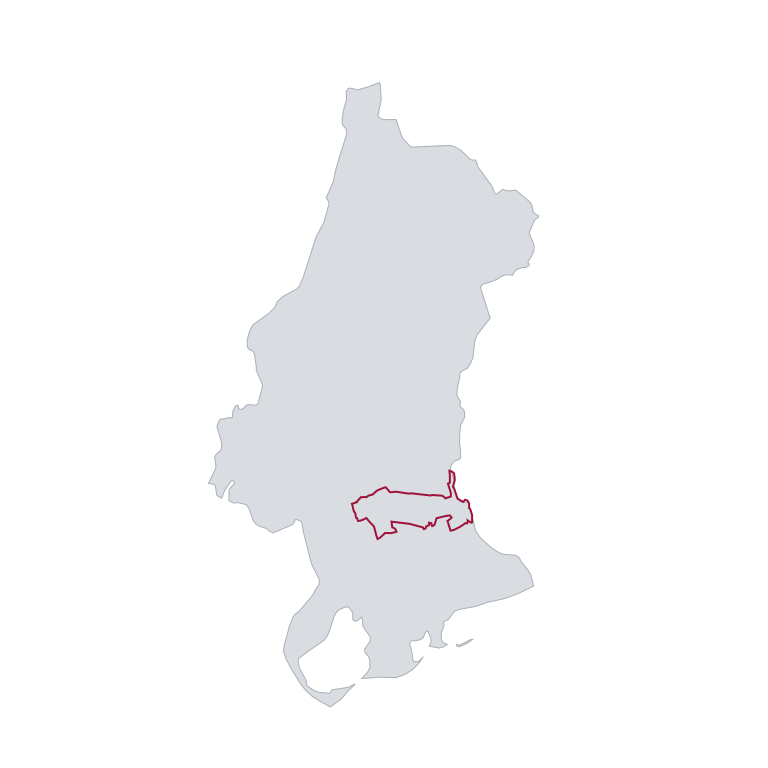 location of Magtymguly, Balkan, Turkmenistan, rotated 253°
{"feature_id": "10190150B5540422332593", "entity_name": "Magtymguly", "entity_type": "district", "adm_level": 2, "iso_a3": "TKM", "parent_name": "Turkmenistan", "parent_adm1": "Balkan", "projection": "natural_earth1", "projection_center": [56.485, 39.153], "detail": "fine", "context": "in_parent", "style": "outline", "palette": "rose", "viewbox_px": 768, "rotation_deg": 253, "n_neighbors": 0, "source": "geoboundaries", "source_scale": "gbopen_adm2", "svg_char_len": 5373}
<svg xmlns="http://www.w3.org/2000/svg" viewBox="0 0 768 768"><g transform="rotate(253 384 384)"><path d="M233.6,262.0L266.3,263.7L276.3,265.0L280.4,260.5L280.2,259.4L278.7,258.5L276.3,255.4L274.0,234.4L276.9,231.4L280.2,229.2L284.9,222.7L287.4,220.7L291.1,219.0L303.5,218.5L308.8,217.2L313.2,209.8L314.1,205.4L317.5,201.9L319.4,202.0L327.9,204.9L329.7,206.5L332.6,212.0L335.7,211.6L336.2,210.7L335.8,209.5L333.4,206.1L328.1,199.9L322.9,196.0L322.4,194.7L326.8,191.6L335.7,192.9L337.9,191.9L340.2,187.0L352.1,198.1L354.3,199.2L363.6,200.7L365.3,202.2L368.5,208.7L371.7,210.4L375.7,211.6L392.3,211.8L397.5,216.1L398.4,217.2L397.5,220.2L397.2,226.1L395.9,228.4L396.8,229.4L402.7,231.8L406.3,235.6L406.7,237.2L405.7,238.3L402.9,237.7L401.6,239.4L401.6,242.5L403.6,245.3L404.2,248.0L401.5,254.0L401.4,256.6L402.4,258.0L417.5,267.2L419.9,267.5L434.4,265.8L437.1,266.8L449.9,268.8L453.4,268.5L455.8,265.6L458.1,264.4L460.3,264.4L466.4,266.2L472.8,270.2L477.1,273.8L479.3,277.0L485.4,295.0L489.4,302.3L494.0,306.1L497.3,313.1L500.4,328.4L502.2,331.6L509.2,337.6L545.2,362.6L556.2,373.8L573.0,384.5L579.1,383.3L592.3,394.7L600.7,399.1L611.5,406.0L634.3,421.6L639.1,422.2L644.4,420.0L649.2,421.3L657.7,425.3L666.9,431.3L674.7,433.4L676.9,436.0L677.1,437.5L673.0,445.1L672.8,454.8L673.6,467.8L671.5,468.0L656.3,464.3L641.7,456.3L638.3,458.9L636.7,461.6L633.4,472.8L614.0,473.5L602.7,479.0L593.2,515.7L591.0,520.2L584.7,526.1L573.7,532.0L572.0,534.4L571.7,536.6L570.4,537.3L564.2,537.3L540.8,545.3L535.6,545.3L533.6,545.9L532.7,547.3L535.4,554.6L533.4,556.8L532.0,560.4L530.9,566.7L515.6,576.6L512.4,577.8L506.1,576.9L502.9,577.9L499.7,581.0L498.1,580.1L497.3,576.9L495.6,574.8L485.8,566.8L474.7,568.1L470.5,567.4L467.2,566.1L462.1,561.5L458.8,557.2L455.3,557.7L454.3,555.6L454.1,553.2L455.0,550.3L454.7,544.8L452.7,540.8L450.4,539.1L452.8,532.7L452.8,528.0L451.1,522.8L450.4,515.4L450.7,508.1L448.5,504.5L415.9,504.7L404.1,487.8L399.3,483.7L383.0,476.6L378.5,472.8L374.8,468.6L373.8,462.8L372.0,459.4L369.4,458.8L356.7,452.1L351.6,450.4L344.7,452.0L340.6,450.1L335.8,452.7L333.8,452.9L328.5,451.3L322.1,445.2L316.8,442.8L305.5,438.9L297.6,437.7L290.6,435.3L289.9,434.5L289.7,429.3L288.7,427.2L286.7,424.6L283.9,422.7L272.0,422.9L266.5,421.0L262.1,420.6L252.6,421.0L249.5,422.4L247.7,424.0L246.6,429.0L245.6,429.8L236.3,429.9L216.7,428.8L208.4,431.3L195.7,439.0L188.3,445.5L186.2,448.4L181.8,459.8L179.9,461.5L177.4,462.8L174.8,463.0L163.2,467.5L158.6,468.6L147.0,468.0L144.4,451.1L143.5,437.7L145.0,419.1L144.5,407.2L146.5,389.1L145.9,384.7L139.9,376.7L139.2,371.2L135.6,370.9L129.7,366.3L124.0,364.4L121.1,364.3L118.5,365.7L116.5,368.4L115.2,364.1L115.3,359.7L120.0,350.6L122.8,353.2L126.3,354.3L135.1,353.8L134.3,350.6L129.8,347.4L128.9,343.3L129.3,339.0L130.5,335.0L129.2,333.4L127.1,332.4L122.4,332.5L109.9,330.9L108.4,335.7L111.8,342.0L106.2,334.8L102.4,327.5L100.1,318.9L99.7,309.7L104.7,294.9L108.8,276.6L113.5,284.3L117.0,287.7L124.7,289.8L128.4,289.3L132.4,287.3L136.3,288.0L142.3,295.9L146.7,296.8L155.8,293.7L160.0,293.1L163.8,294.4L167.6,294.5L166.0,290.8L165.3,287.2L167.6,285.3L174.7,287.3L180.4,285.2L181.4,284.2L182.0,281.1L181.2,274.9L179.9,272.3L176.7,268.6L164.1,259.8L159.9,256.3L156.4,251.8L150.7,233.8L146.5,222.3L144.8,221.0L137.4,220.0L123.5,222.8L118.5,222.2L116.2,223.4L110.5,228.3L107.8,232.4L104.0,241.9L106.8,244.9L104.4,261.0L105.6,267.8L105.1,268.3L101.0,259.8L95.4,251.3L90.9,238.3L99.3,229.9L106.5,223.9L114.2,219.4L122.1,216.4L140.0,211.7L149.8,210.0L157.8,209.8L163.9,212.6L180.5,223.0L187.6,228.8L189.7,231.2L191.6,236.8L203.7,255.0L206.6,257.5L211.3,263.3L215.8,265.0L233.6,262.0ZM114.3,392.3L113.9,394.7L111.7,387.4L110.6,379.4L112.1,377.1L113.7,377.2L112.2,380.1L114.3,392.3Z" fill="#d9dde1" stroke="#a8b0b8" stroke-width="1"/><path d="M228.7,424.3L228.8,424.3L227.7,425.2L225.3,427.6L225.1,427.6L229.4,428.8L232.7,429.9L239.0,429.9L240.5,429.1L242.3,429.7L245.0,430.5L248.1,429.7L249.6,427.6L248.1,425.5L250.2,423.2L252.9,420.8L263.7,420.5L265.5,419.9L271.2,423.5L274.5,424.3L278.1,424.9L280.2,423.5L281.9,421.2L277.2,420.2L270.3,418.1L270.0,416.0L260.3,416.1L256.9,415.0L256.8,414.9L256.8,411.2L256.7,409.4L256.8,409.4L259.8,407.4L260.5,406.3L263.2,398.9L263.4,398.7L263.7,397.9L263.8,397.1L263.8,395.7L264.0,395.4L271.5,378.1L271.8,376.9L271.8,375.9L273.5,372.3L276.0,367.1L277.3,364.4L277.7,363.0L278.6,358.4L278.8,358.1L284.7,355.5L284.8,353.8L284.6,350.3L284.0,345.7L283.8,345.5L281.6,340.8L281.8,337.1L281.8,336.7L280.9,333.9L281.5,332.8L282.2,329.7L282.3,328.7L283.0,329.7L279.1,323.0L278.9,323.1L278.9,322.7L278.8,318.3L278.1,318.4L272.3,318.0L271.1,317.9L268.7,318.8L266.9,318.5L264.3,318.2L263.7,319.0L260.6,319.1L260.2,321.4L260.4,324.6L261.0,328.0L258.1,329.1L250.5,332.8L241.5,332.4L237.7,332.5L237.9,334.2L238.2,335.5L239.2,337.5L240.5,340.1L241.2,341.3L239.3,347.3L239.1,349.6L239.1,352.7L241.0,352.6L242.2,352.4L243.3,351.4L244.4,350.2L244.5,350.0L247.6,350.5L250.2,350.9L242.7,367.7L235.5,379.3L233.7,379.5L233.5,380.6L233.9,381.7L235.5,382.8L235.7,384.8L236.0,386.0L238.2,386.5L237.3,388.0L237.0,388.6L235.4,388.4L234.0,388.6L234.5,391.1L236.0,392.1L238.0,393.5L240.3,395.0L239.7,404.7L239.1,408.5L236.6,409.6L235.8,408.5L235.1,406.5L234.5,404.7L230.6,404.7L224.3,404.7L224.0,408.2L225.2,414.9L225.7,416.7L226.5,419.4L227.2,420.9L226.4,422.8L228.8,424.2L228.7,424.3Z" fill="none" stroke="#9f1239" stroke-width="2"/></g></svg>